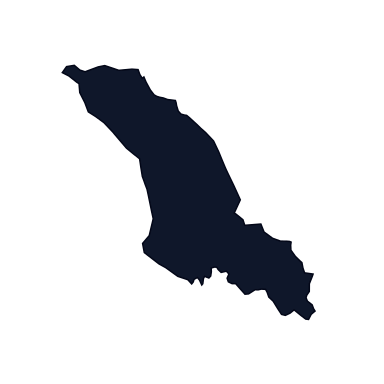 outline of Commonwealth 2, Grand Bassa, Liberia, rotated 347°
{"feature_id": "62588387B22492671376188", "entity_name": "Commonwealth 2", "entity_type": "district", "adm_level": 2, "iso_a3": "LBR", "parent_name": "Liberia", "parent_adm1": "Grand Bassa", "projection": "natural_earth1", "projection_center": [-10.038, 5.878], "detail": "fine", "context": "isolated", "style": "filled", "palette": "ink", "viewbox_px": 384, "rotation_deg": 347, "n_neighbors": 0, "source": "geoboundaries", "source_scale": "gbopen_adm2", "svg_char_len": 1996}
<svg xmlns="http://www.w3.org/2000/svg" viewBox="0 0 384 384"><g transform="rotate(347 192 192)"><path d="M171.0,281.5L173.0,279.9L174.3,277.6L178.0,276.5L179.5,279.5L180.6,284.8L181.9,283.8L183.7,278.9L185.3,277.0L189.1,279.6L191.3,278.1L192.9,274.1L193.6,270.4L197.2,270.2L199.2,270.9L200.1,273.5L202.3,276.9L207.7,276.9L209.5,280.2L206.8,283.9L207.2,287.7L210.4,290.3L213.9,291.1L216.8,296.5L220.1,302.5L220.6,303.5L224.2,304.0L231.5,301.4L234.4,302.2L237.6,302.2L241.8,303.4L242.7,306.8L243.2,311.7L246.5,316.6L249.4,325.2L251.7,331.4L255.2,333.2L260.3,332.1L265.0,329.8L266.6,331.9L270.4,336.8L274.2,341.4L276.9,342.4L280.6,338.0L285.1,335.7L284.2,333.1L283.7,329.0L279.9,324.3L279.3,320.7L280.6,318.4L283.9,315.3L285.7,307.8L290.2,301.3L291.5,299.2L289.0,298.2L283.5,296.1L283.0,291.2L283.2,285.5L281.7,283.4L278.2,277.9L275.3,270.9L276.2,266.0L277.3,263.1L275.9,262.1L273.3,261.3L267.2,259.8L260.1,255.2L253.2,247.2L251.9,238.7L237.1,236.5L235.9,236.3L235.4,230.5L229.7,223.2L228.4,222.0L237.3,210.5L235.6,202.1L234.1,194.8L231.3,182.5L230.3,177.9L229.7,174.7L228.9,170.0L228.2,165.9L227.1,159.1L224.5,147.2L218.6,137.1L214.8,131.8L212.0,127.4L209.5,123.8L206.5,119.4L205.9,118.6L204.0,116.1L202.1,115.4L198.8,113.6L196.8,110.0L196.4,104.4L196.6,101.6L196.4,99.1L189.0,96.4L185.2,93.9L181.8,92.4L179.2,90.9L176.9,88.8L174.3,83.1L171.9,74.3L171.0,69.1L169.1,70.0L167.6,65.8L167.0,60.6L161.1,58.8L158.3,58.4L148.1,57.0L142.3,53.4L135.4,49.2L128.7,49.0L114.9,50.8L110.2,48.0L105.8,42.1L98.0,41.6L96.4,43.0L92.5,46.5L98.2,51.3L104.5,59.2L106.3,61.0L105.0,69.9L107.7,80.8L109.0,90.6L115.1,96.8L121.8,104.6L128.6,116.2L129.5,118.1L138.0,134.5L143.7,141.9L148.4,147.8L148.1,152.0L147.7,156.7L147.5,159.8L147.1,165.7L147.3,167.2L147.7,170.3L148.1,174.1L148.7,178.4L148.8,179.3L148.7,185.8L148.3,202.0L148.2,209.3L146.6,212.6L140.5,224.9L132.3,231.0L132.0,237.3L131.9,240.3L143.7,254.7L149.4,259.8L159.2,271.0L168.2,276.5L171.0,281.5Z" fill="#0f172a" stroke="#020617" stroke-width="1.5"/></g></svg>